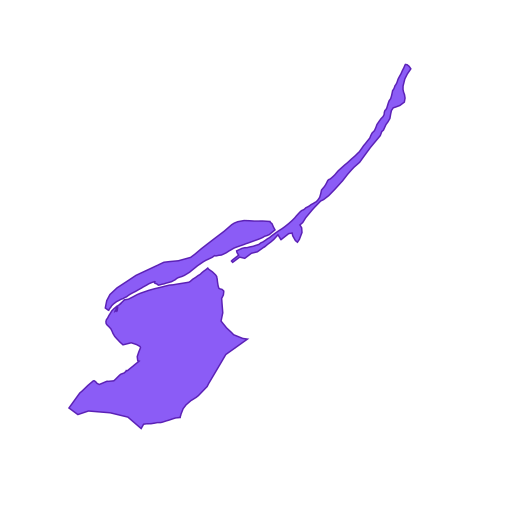 outline of Kum Umbu, Aswan, Egypt, rotated 48°
{"feature_id": "37247803B5042289926655", "entity_name": "Kum Umbu", "entity_type": "district", "adm_level": 2, "iso_a3": "EGY", "parent_name": "Egypt", "parent_adm1": "Aswan", "projection": "natural_earth1", "projection_center": [32.92, 24.62], "detail": "fine", "context": "isolated", "style": "filled", "palette": "violet", "viewbox_px": 512, "rotation_deg": 48, "n_neighbors": 0, "source": "geoboundaries", "source_scale": "gbopen_adm2", "svg_char_len": 5781}
<svg xmlns="http://www.w3.org/2000/svg" viewBox="0 0 512 512"><g transform="rotate(48 256 256)"><path d="M243.8,496.7L254.6,494.5L254.8,494.1L259.1,484.2L274.6,469.6L275.2,469.1L290.0,459.0L307.4,456.8L305.8,452.1L307.3,449.8L310.4,446.2L312.4,443.1L313.7,440.9L316.0,438.3L317.0,436.4L318.5,433.0L319.6,430.8L321.4,426.6L322.6,424.0L325.3,420.4L324.8,420.0L324.3,419.0L323.2,417.3L320.7,412.3L319.9,408.1L319.8,407.6L319.9,401.2L320.2,399.7L320.9,395.7L321.0,395.3L321.2,392.2L320.5,382.5L320.3,379.6L319.0,376.3L318.8,375.6L316.9,369.5L313.8,359.6L312.2,354.5L309.1,344.7L309.0,344.3L311.1,326.0L312.0,318.0L308.4,321.0L299.6,325.3L296.4,325.4L289.6,326.0L286.6,325.8L284.1,325.7L281.0,325.5L278.6,322.3L276.4,319.3L276.1,318.8L272.7,316.2L268.5,313.0L266.2,311.2L264.6,310.0L263.1,306.3L261.1,304.0L260.4,303.4L258.2,303.6L257.9,303.7L256.7,304.6L255.3,305.2L255.0,305.1L253.4,304.4L252.0,303.6L249.4,301.9L248.0,300.9L247.7,300.7L247.4,300.4L245.2,299.2L244.9,298.9L243.6,298.8L243.3,298.7L242.8,298.7L238.6,299.0L233.8,300.1L232.8,299.9L232.7,299.9L232.6,302.8L232.3,304.9L232.2,307.4L232.3,309.8L231.8,312.1L231.5,315.3L230.9,318.7L230.9,321.9L230.6,323.4L228.6,326.5L224.0,333.6L221.8,337.1L219.7,339.8L217.3,344.3L214.6,349.4L212.7,352.8L211.5,355.2L209.8,358.6L206.3,366.9L205.2,370.1L204.0,375.0L202.7,379.8L200.6,383.0L200.7,388.8L200.9,388.7L200.9,389.4L200.5,391.7L200.5,392.7L201.0,392.8L201.9,393.4L202.7,394.5L203.7,395.7L203.9,396.4L203.4,396.4L202.9,396.7L202.9,397.4L202.8,397.8L202.5,397.3L202.4,396.5L202.1,395.5L201.4,394.7L201.0,394.0L200.2,393.6L200.2,394.7L200.1,397.0L200.3,400.0L201.1,402.5L201.8,405.1L202.8,407.7L203.3,409.9L204.4,411.5L206.0,412.6L207.6,412.8L210.4,412.6L213.0,412.6L215.9,413.4L217.8,414.1L221.3,414.8L225.1,414.8L229.2,414.7L232.9,414.3L233.0,414.3L237.0,406.8L241.9,404.0L245.7,402.7L246.9,403.2L248.9,407.4L251.3,411.6L254.6,413.9L255.9,413.2L255.2,428.2L254.3,429.1L254.7,429.6L254.7,432.3L253.4,435.5L253.3,436.9L253.3,437.4L253.6,443.4L253.6,445.2L250.6,449.3L249.3,450.7L246.6,458.5L244.1,459.4L242.0,459.3L240.3,459.8L239.9,460.7L239.7,467.6L240.0,475.4L239.9,478.6L240.3,480.5L243.8,496.7ZM240.6,222.8L239.7,222.5L239.3,222.9L234.6,227.5L229.0,233.8L225.2,237.5L221.7,241.1L218.3,246.6L217.0,250.2L216.5,253.0L216.3,263.1L215.2,276.0L214.6,283.8L214.0,292.1L213.8,299.9L213.3,305.5L207.6,316.9L202.5,323.7L199.0,328.7L195.0,342.0L190.1,358.1L188.6,368.2L186.7,380.6L186.9,390.3L189.3,396.8L191.7,400.0L193.8,402.8L197.1,402.1L197.8,401.8L197.5,401.2L197.1,399.7L196.8,397.8L196.4,396.7L196.3,395.0L196.3,393.5L196.5,391.6L196.6,390.2L197.0,388.7L197.4,387.2L197.9,385.0L198.7,383.3L199.0,381.7L199.3,380.5L199.4,380.2L199.7,379.7L199.8,378.0L200.1,375.6L200.5,373.7L201.0,371.7L201.7,369.3L202.5,365.5L203.1,362.9L203.2,362.5L203.5,360.7L204.5,356.5L204.9,354.3L206.0,351.1L206.7,349.5L206.9,348.8L207.4,348.4L207.7,349.2L208.2,349.4L209.0,349.2L209.8,348.6L210.5,348.4L211.4,348.2L212.3,348.1L213.0,347.0L214.1,344.7L215.1,343.1L216.0,341.0L218.6,335.9L219.1,333.7L219.6,331.8L219.6,330.2L219.9,328.7L220.6,327.0L221.7,324.6L222.5,322.1L223.6,316.3L223.7,313.7L224.0,308.3L224.1,305.9L224.8,300.8L225.1,298.6L225.7,295.9L226.3,294.1L227.1,291.4L227.7,289.3L228.0,286.5L228.6,286.2L229.4,285.3L230.5,283.3L232.1,281.1L232.8,279.0L233.3,277.3L233.7,275.9L234.2,272.5L234.6,270.9L235.0,268.9L235.3,267.4L235.8,265.9L236.6,263.9L238.3,259.9L239.5,257.0L240.1,255.3L241.0,253.3L243.1,248.1L244.9,243.7L245.8,241.4L246.7,238.6L247.1,236.4L248.2,234.1L249.0,231.7L249.2,226.6L249.3,224.4L246.3,223.7L242.7,222.5L240.6,222.8ZM213.6,16.8L213.9,17.7L215.1,20.3L216.1,23.0L217.6,26.3L218.5,29.0L219.1,30.7L219.7,32.2L220.8,34.1L221.6,35.6L222.2,37.3L222.5,38.8L223.4,40.4L224.1,41.9L224.5,43.8L226.0,45.8L227.5,47.9L228.2,49.0L229.2,50.7L229.7,53.1L230.9,55.4L232.4,57.9L233.6,59.9L234.2,61.8L234.1,62.7L235.1,64.5L236.6,66.1L237.0,67.2L237.4,68.2L237.6,71.2L238.2,74.0L239.2,78.1L240.8,81.1L242.1,84.1L242.3,87.5L243.3,90.1L244.5,92.5L245.0,95.8L245.7,99.8L246.0,102.2L246.8,105.5L247.7,109.7L247.7,111.6L247.9,115.4L247.8,120.1L247.9,125.6L247.7,129.2L247.7,137.9L248.0,140.2L248.1,140.9L248.4,142.8L248.5,145.2L248.5,147.5L248.4,149.5L247.9,150.7L247.9,152.1L249.1,155.1L249.7,156.8L250.2,158.8L250.6,161.7L250.8,163.1L251.3,163.9L252.3,165.2L253.0,166.2L253.2,166.5L255.0,169.4L255.7,172.1L256.0,174.8L255.5,176.9L255.3,178.3L254.7,180.5L254.5,182.8L254.1,184.7L253.5,186.7L253.6,188.2L253.5,189.5L252.8,191.6L252.7,193.3L252.9,195.9L253.2,199.1L253.6,201.6L253.8,205.2L253.8,209.8L253.6,213.1L253.5,214.9L253.1,218.6L252.5,221.9L252.1,224.8L251.9,227.0L251.8,227.8L251.5,230.7L251.4,233.6L251.1,234.9L250.8,236.4L250.6,238.7L250.5,239.2L250.2,241.4L250.0,242.1L249.5,243.4L249.5,243.5L249.3,246.2L247.9,249.2L246.9,251.6L245.2,254.4L243.8,257.1L242.4,258.7L241.0,261.2L239.6,265.7L239.2,267.0L240.7,267.8L241.7,268.0L243.8,268.4L243.8,268.7L243.7,269.3L243.2,276.2L243.3,277.6L245.1,277.6L245.9,268.9L250.2,265.9L250.9,257.6L253.8,252.2L254.8,243.5L255.0,243.5L255.1,239.6L255.5,235.6L255.6,231.8L255.2,227.8L254.9,225.5L255.6,225.6L260.3,226.5L260.6,226.5L261.2,217.5L261.2,216.8L263.1,213.8L265.6,215.2L270.9,216.4L273.5,216.0L272.7,212.7L269.3,206.1L265.6,203.2L262.3,202.6L262.4,198.9L260.8,193.4L259.4,183.7L259.0,180.0L258.4,171.2L259.3,168.0L259.8,161.6L259.2,152.8L258.1,142.2L258.1,141.7L256.6,133.4L255.9,127.4L255.6,123.7L255.7,116.3L254.2,109.4L251.9,98.3L249.7,83.1L247.7,79.3L247.7,77.0L245.3,71.5L244.6,68.2L243.4,64.5L240.5,60.8L238.5,58.0L237.7,54.8L238.6,52.9L240.4,48.4L240.9,42.8L238.4,39.6L235.5,37.7L233.0,36.7L230.6,35.3L228.1,33.0L224.0,26.9L222.0,21.8L220.7,16.4L220.5,15.7L217.5,15.3L216.7,15.4L216.3,15.5L215.0,15.7L214.6,16.0L213.6,16.8Z" fill="#8b5cf6" stroke="#5b21b6" stroke-width="1.5"/></g></svg>